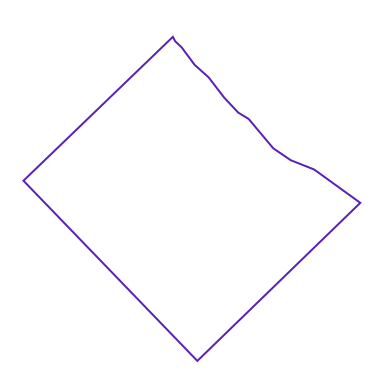 outline of Kearney, Nebraska, United States of America, rotated 46°
{"feature_id": "52423323B30771847835417", "entity_name": "Kearney", "entity_type": "district", "adm_level": 2, "iso_a3": "USA", "parent_name": "United States of America", "parent_adm1": "Nebraska", "projection": "robinson", "projection_center": [-98.962, 40.52], "detail": "fine", "context": "isolated", "style": "outline", "palette": "violet", "viewbox_px": 384, "rotation_deg": 46, "n_neighbors": 0, "source": "geoboundaries", "source_scale": "gbopen_adm2", "svg_char_len": 347}
<svg xmlns="http://www.w3.org/2000/svg" viewBox="0 0 384 384"><g transform="rotate(46 192 192)"><path d="M317.2,305.5L316.7,78.5L260.7,88.5L237.7,98.9L217.0,103.2L178.9,100.5L167.0,103.6L146.5,103.3L121.0,100.4L102.5,101.8L81.0,99.0L71.9,99.4L67.1,98.0L66.8,305.4L315.6,305.5L317.2,305.5Z" fill="none" stroke="#5b21b6" stroke-width="2"/></g></svg>